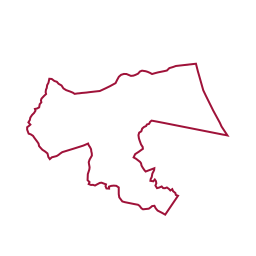 the district of Garanhuns, Pernambuco, Brazil, rotated 282°
{"feature_id": "56859067B42903822347578", "entity_name": "Garanhuns", "entity_type": "district", "adm_level": 2, "iso_a3": "BRA", "parent_name": "Brazil", "parent_adm1": "Pernambuco", "projection": "robinson", "projection_center": [-36.525, -8.937], "detail": "fine", "context": "isolated", "style": "outline", "palette": "rose", "viewbox_px": 256, "rotation_deg": 282, "n_neighbors": 0, "source": "geoboundaries", "source_scale": "gbopen_adm2", "svg_char_len": 2496}
<svg xmlns="http://www.w3.org/2000/svg" viewBox="0 0 256 256"><g transform="rotate(282 128 128)"><path d="M141.4,224.4L141.4,226.8L148.9,219.2L152.3,216.7L162.8,207.7L175.7,197.5L180.5,193.8L182.0,193.0L195.1,186.1L197.7,184.7L205.0,181.1L198.6,161.9L196.8,159.0L195.2,156.0L192.3,154.1L191.2,151.7L188.7,145.9L187.4,143.3L185.8,140.3L186.5,138.0L187.0,135.6L187.2,133.5L187.0,129.8L185.7,127.9L183.2,126.5L181.4,124.1L180.3,122.3L179.6,120.0L180.5,115.2L180.0,112.7L178.6,110.2L176.2,108.4L172.5,107.3L169.3,106.5L165.1,101.6L162.2,97.9L158.3,92.7L157.4,89.9L155.0,82.7L154.1,80.2L153.5,78.3L152.7,75.6L151.8,73.1L151.3,71.4L150.3,68.7L151.1,66.7L151.6,64.0L152.2,59.6L153.3,56.6L155.8,54.1L156.8,50.9L158.4,48.8L158.7,46.2L160.1,43.2L159.8,40.8L157.5,40.8L155.7,40.8L153.1,40.0L150.2,40.2L148.4,39.8L145.9,40.0L144.2,40.8L141.6,39.0L138.8,37.3L136.9,37.1L135.1,37.9L132.9,36.7L129.7,36.8L128.1,34.9L127.3,33.0L125.7,33.9L123.2,33.0L120.7,31.4L117.9,30.3L115.3,30.3L112.8,29.4L111.0,31.8L109.4,30.6L107.8,29.2L105.4,29.7L101.8,32.0L101.6,34.1L100.6,36.7L98.6,38.8L95.9,41.9L94.2,43.7L91.8,44.8L90.6,46.4L88.9,48.8L87.9,51.5L86.4,54.5L84.6,55.4L83.1,56.1L81.3,58.0L83.5,59.6L85.7,64.0L87.2,65.6L88.8,66.9L90.7,68.7L96.6,79.3L100.5,86.2L101.6,88.1L104.5,92.2L102.9,93.2L101.4,94.8L99.5,96.3L97.4,97.0L95.8,97.8L93.5,98.4L91.6,97.8L89.1,97.0L86.4,96.7L84.5,97.4L81.6,98.6L79.5,98.8L74.5,98.3L68.6,99.3L67.1,101.6L65.0,101.2L64.6,103.6L65.1,105.6L64.9,107.7L66.3,109.3L68.4,111.8L69.0,113.5L68.6,116.0L68.3,118.2L66.4,118.1L64.4,119.5L64.8,122.1L66.7,121.6L67.9,123.6L68.7,126.1L69.0,128.6L67.9,131.3L61.4,132.7L58.3,133.9L55.0,137.7L54.8,140.2L54.9,150.1L55.0,153.7L54.3,155.4L52.2,157.9L51.6,159.6L53.4,165.1L55.0,166.6L56.6,167.8L57.4,170.0L55.2,171.8L53.4,174.1L52.1,178.9L51.0,182.4L72.1,191.0L72.5,188.7L74.3,187.8L75.6,185.2L77.4,184.0L75.7,182.4L76.9,180.7L77.9,178.4L76.8,176.7L76.5,174.9L77.8,173.1L76.1,170.7L75.2,168.9L77.4,166.8L79.8,167.2L81.8,166.4L83.2,164.9L81.1,163.8L81.0,160.9L82.8,160.8L85.0,161.4L88.5,161.3L90.6,161.9L92.3,162.3L94.1,162.1L89.1,154.3L90.2,152.8L92.3,150.6L94.1,149.0L96.2,148.1L97.4,146.8L99.6,142.2L100.4,139.6L103.9,140.4L105.5,142.0L107.0,143.5L109.0,145.3L110.7,146.9L112.5,146.3L114.6,144.2L118.1,142.0L120.2,140.8L123.2,139.7L125.8,139.9L127.5,141.7L130.4,142.0L132.3,143.4L133.7,145.3L135.3,145.7L136.5,147.8L138.5,148.3L140.1,149.5L140.2,151.6L140.4,161.4L140.6,175.4L141.3,222.5L141.4,224.4Z" fill="none" stroke="#9f1239" stroke-width="2"/></g></svg>